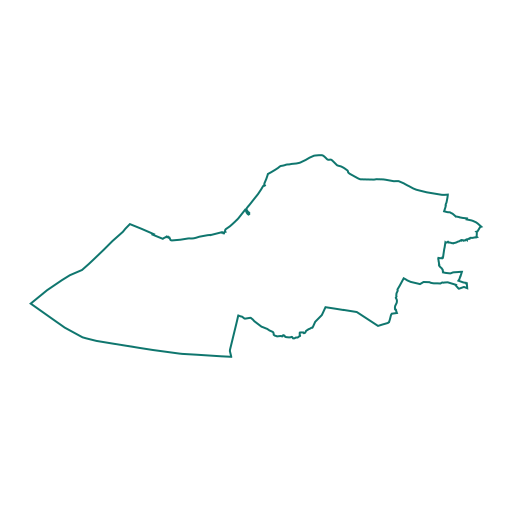 outline of Leusden, Utrecht, Netherlands
{"feature_id": "6326949B9331427196027", "entity_name": "Leusden", "entity_type": "district", "adm_level": 2, "iso_a3": "NLD", "parent_name": "Netherlands", "parent_adm1": "Utrecht", "projection": "equal_earth", "projection_center": [5.449, 52.125], "detail": "fine", "context": "isolated", "style": "outline", "palette": "teal", "viewbox_px": 512, "rotation_deg": 0, "n_neighbors": 0, "source": "geoboundaries", "source_scale": "gbopen_adm2", "svg_char_len": 5874}
<svg xmlns="http://www.w3.org/2000/svg" viewBox="0 0 512 512"><path d="M408.7,186.0L407.6,185.5L404.5,183.8L403.9,183.4L399.0,181.3L398.3,181.1L393.7,181.2L385.4,179.7L383.2,179.4L376.4,179.2L374.7,179.5L374.0,179.6L364.2,179.4L360.4,179.3L359.4,179.0L357.7,178.2L351.2,174.6L349.6,173.7L348.5,172.8L348.1,172.2L347.9,171.2L347.5,170.5L344.6,168.4L343.5,167.7L341.2,166.5L340.2,166.2L338.2,165.7L337.0,165.2L336.3,164.5L335.3,163.5L333.4,161.6L331.8,160.1L331.3,159.8L330.7,159.6L328.7,159.8L328.0,159.7L327.5,159.5L326.7,158.9L326.2,158.3L324.6,156.8L323.4,155.8L322.5,155.4L321.9,155.2L319.0,155.2L315.4,155.5L314.0,155.7L309.5,157.7L305.6,160.0L301.8,161.8L300.4,162.5L299.2,162.9L296.3,163.5L291.8,163.9L289.3,164.4L287.0,164.5L285.7,164.8L285.0,165.1L283.1,165.6L280.7,166.0L279.8,166.5L278.1,167.9L275.2,169.8L271.0,172.3L267.9,174.0L267.5,175.4L266.3,178.9L264.4,183.4L264.3,184.8L264.9,185.4L264.6,185.7L264.0,185.3L263.1,186.1L261.0,189.6L258.0,194.1L252.9,200.5L251.2,202.7L248.8,205.7L248.7,205.7L246.8,208.1L246.5,208.9L246.6,209.8L247.8,211.7L249.1,212.7L249.3,213.0L249.0,213.9L249.1,214.2L248.5,214.5L248.4,214.3L247.7,214.0L246.8,212.8L247.1,212.6L245.1,209.8L238.3,218.4L237.0,219.8L236.9,219.8L235.1,221.6L232.3,224.2L229.9,226.3L226.0,229.0L225.5,229.5L225.1,230.3L225.1,231.3L225.3,231.6L225.4,231.8L224.5,232.0L224.2,232.2L224.1,232.4L224.0,233.3L223.4,233.3L223.2,232.8L222.8,232.6L222.5,232.6L222.1,232.7L221.9,232.2L210.9,235.0L210.9,234.9L207.6,235.2L199.4,236.7L195.9,237.8L193.8,238.3L191.7,238.5L189.0,238.4L187.9,238.5L180.5,239.7L172.4,240.4L171.5,240.4L170.7,240.1L170.4,239.8L169.4,237.5L168.6,237.7L168.1,236.8L167.2,237.2L166.7,236.5L165.6,237.2L163.6,238.2L162.8,238.8L156.1,236.1L152.8,234.7L153.6,234.1L150.7,232.8L141.5,228.8L129.9,224.1L125.4,228.7L122.9,231.8L112.4,241.1L104.2,249.3L94.0,259.1L88.7,264.1L82.0,270.0L69.9,275.2L62.0,280.1L47.1,290.2L30.7,303.6L56.3,321.7L59.9,324.2L64.7,327.6L82.5,337.3L86.0,338.3L96.4,340.9L112.8,343.6L134.0,347.0L139.4,347.9L152.9,350.0L179.5,353.6L182.4,353.9L196.5,354.7L221.2,356.3L231.2,356.8L231.2,356.5L231.0,355.7L229.9,351.2L229.9,350.8L230.0,349.7L236.1,324.7L237.2,320.1L238.1,316.1L238.3,315.5L240.7,316.4L241.9,316.6L242.9,317.3L244.1,318.3L244.7,318.6L245.4,318.6L250.3,317.8L250.8,317.9L252.8,319.5L254.3,321.2L261.4,326.6L261.8,326.8L262.7,327.1L266.4,328.6L266.7,328.7L267.2,328.9L269.4,330.4L270.7,331.0L271.9,331.5L273.1,332.2L273.4,332.7L273.6,333.4L273.7,334.7L274.1,335.1L275.0,335.7L276.2,336.0L277.1,336.4L280.5,336.0L281.8,336.2L281.8,336.3L282.4,336.4L282.6,336.3L282.7,336.1L282.7,335.6L282.9,335.4L283.4,335.2L283.8,335.3L284.5,335.7L285.1,336.7L285.7,337.0L286.8,337.2L289.1,337.4L290.4,337.3L291.7,336.9L292.2,337.1L293.0,338.3L293.7,338.4L294.1,338.4L294.7,338.2L296.0,337.5L296.4,337.5L297.1,337.6L297.5,337.5L298.2,337.2L299.3,336.2L300.0,336.0L300.1,335.8L299.7,334.4L299.7,333.9L299.7,332.9L299.8,332.6L301.0,332.4L302.7,332.5L303.1,332.4L303.6,333.0L303.9,333.2L304.3,333.1L305.0,332.8L305.2,332.6L305.7,331.7L306.0,331.0L307.0,330.2L307.6,330.0L308.3,329.3L309.7,328.8L311.4,327.8L311.9,327.6L312.4,327.7L313.0,326.7L315.2,321.8L321.8,315.1L323.1,312.4L325.3,307.6L325.5,307.2L334.7,308.6L343.4,310.0L343.5,309.9L356.6,312.0L356.9,312.1L378.0,325.9L380.0,325.3L382.2,324.6L387.8,323.0L388.0,322.9L388.6,322.3L389.0,322.2L389.2,321.6L389.9,319.4L390.9,315.4L391.2,314.6L391.8,313.7L396.9,313.0L396.7,312.5L396.0,310.3L395.4,309.7L395.7,309.5L395.3,309.0L395.0,308.6L394.9,307.9L395.1,306.3L395.2,305.9L396.7,302.8L396.9,301.5L396.9,300.4L396.8,299.9L396.6,299.3L395.8,297.8L396.5,296.5L396.3,295.7L396.3,295.3L396.5,293.3L397.4,291.4L397.6,291.0L397.7,290.5L397.5,290.0L397.5,289.4L397.7,289.1L399.7,285.7L403.7,278.3L405.6,279.3L407.3,280.4L410.7,281.9L418.0,283.6L420.0,284.1L423.2,282.2L423.6,282.0L429.6,282.2L430.4,282.7L432.2,283.1L433.6,283.3L436.6,283.3L440.4,283.5L441.3,283.0L442.2,282.5L443.5,282.7L444.6,282.5L447.7,282.3L455.9,284.8L455.6,285.2L458.4,288.4L458.8,288.7L459.3,288.6L463.8,287.0L464.4,287.1L467.2,288.2L466.8,283.3L466.0,283.4L465.8,282.8L464.7,282.7L463.2,282.4L458.4,280.7L459.4,279.1L460.3,276.3L460.5,276.3L461.9,271.8L460.8,271.8L457.2,272.1L453.8,272.3L452.7,272.5L451.0,273.2L450.2,273.4L445.6,272.9L443.2,272.4L443.3,272.2L443.0,271.4L442.8,271.2L442.7,270.8L442.8,270.5L442.8,270.3L442.7,269.8L441.5,268.1L440.9,267.6L440.3,267.1L439.1,265.6L439.0,265.0L439.3,264.8L439.3,264.7L439.0,263.6L438.8,261.9L438.6,261.2L438.5,259.9L438.3,259.3L438.4,258.3L438.3,258.2L438.4,257.9L439.6,258.1L442.1,258.3L442.3,257.6L442.9,257.7L443.2,256.2L443.6,253.3L444.2,249.3L444.5,247.9L444.7,247.0L444.8,246.2L445.4,242.4L445.6,242.6L446.4,242.6L447.6,241.9L448.0,241.7L448.2,241.9L448.0,242.4L448.2,242.5L449.5,242.5L450.9,242.8L451.7,243.1L452.3,243.1L453.2,243.4L453.4,243.3L453.5,243.1L454.8,242.9L455.4,242.7L456.2,242.5L458.0,241.6L459.2,241.3L460.3,240.6L460.6,240.5L461.1,240.6L461.1,240.2L461.6,240.0L462.3,240.1L463.6,240.7L463.9,240.4L464.0,240.3L465.0,240.5L465.8,239.8L466.3,239.5L466.6,239.4L466.8,239.9L467.0,240.1L467.1,239.6L469.0,238.6L469.6,238.8L469.9,238.2L470.2,237.9L470.5,237.8L472.4,237.9L474.4,237.5L475.2,237.3L475.9,237.5L476.5,237.3L477.1,237.1L476.8,236.8L476.6,236.2L476.8,234.2L476.8,232.8L476.7,232.0L476.4,231.7L477.5,231.4L480.1,227.1L481.3,226.7L477.7,223.5L476.0,222.3L472.9,220.9L471.4,220.4L466.6,219.4L466.9,218.4L462.5,217.9L460.5,217.5L459.8,217.4L459.4,217.3L459.2,217.1L456.1,216.5L455.8,216.6L454.9,215.7L452.8,213.9L452.0,213.4L451.4,213.2L450.1,212.4L449.7,212.3L447.7,212.2L446.8,212.0L444.1,211.3L445.4,207.3L445.6,206.5L445.8,205.6L445.7,205.5L445.6,205.4L445.7,204.6L446.0,203.6L446.4,202.8L446.7,201.5L447.4,197.9L447.8,195.0L447.8,194.6L446.9,194.7L443.8,194.9L441.7,194.8L426.7,192.3L419.0,190.4L416.3,189.7L413.3,188.5L408.7,186.0Z" fill="none" stroke="#0f766e" stroke-width="2"/></svg>